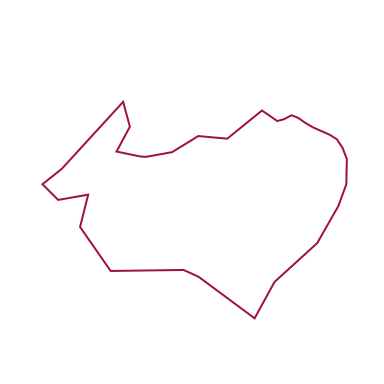 map outline of Križevci (orthographic projection), rotated 287°
{"feature_id": "SVN-266", "entity_name": "Križevci", "entity_type": "Municipality", "adm_level": 1, "iso_a3": "SVN", "parent_name": "Slovenia", "parent_adm1": "", "projection": "orthographic", "projection_center": [16.14, 46.575], "detail": "fine", "context": "isolated", "style": "outline", "palette": "rose", "viewbox_px": 384, "rotation_deg": 287, "n_neighbors": 0, "source": "natural_earth", "source_scale": "10m", "svg_char_len": 553}
<svg xmlns="http://www.w3.org/2000/svg" viewBox="0 0 384 384"><g transform="rotate(287 192 192)"><path d="M155.7,46.7L176.1,60.7L258.1,99.8L236.3,113.5L208.6,108.0L210.8,131.9L212.1,137.6L224.3,161.3L247.3,181.6L253.3,210.1L290.4,235.1L284.8,252.8L288.5,258.7L294.5,264.8L293.9,272.0L291.4,279.5L289.2,288.6L287.0,306.9L284.8,315.1L278.2,323.1L268.7,330.5L244.5,337.3L221.5,336.1L179.8,326.7L130.1,297.2L89.5,288.8L112.8,223.2L115.0,206.8L92.7,137.3L125.8,95.2L159.1,93.5L145.3,66.3L155.7,46.7Z" fill="none" stroke="#9f1239" stroke-width="2"/></g></svg>